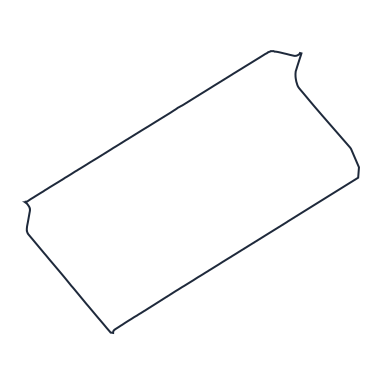 Shaykh Zayed, Al Jizah, Egypt, rotated 91°
{"feature_id": "37247803B86158206640686", "entity_name": "Shaykh Zayed", "entity_type": "district", "adm_level": 2, "iso_a3": "EGY", "parent_name": "Egypt", "parent_adm1": "Al Jizah", "projection": "equal_earth", "projection_center": [30.979, 30.049], "detail": "fine", "context": "isolated", "style": "outline", "palette": "slate", "viewbox_px": 384, "rotation_deg": 91, "n_neighbors": 0, "source": "geoboundaries", "source_scale": "gbopen_adm2", "svg_char_len": 3968}
<svg xmlns="http://www.w3.org/2000/svg" viewBox="0 0 384 384"><g transform="rotate(91 192 192)"><path d="M204.6,358.2L204.8,358.2L205.0,358.2L205.1,358.3L205.3,358.4L205.3,358.5L206.2,357.2L207.0,356.4L208.5,355.3L208.8,355.1L209.1,354.9L209.3,354.7L209.6,354.6L209.8,354.5L209.9,354.4L210.0,354.3L210.3,354.2L210.5,354.1L210.9,354.0L211.0,354.0L211.1,353.9L211.4,353.9L211.5,353.8L211.9,353.8L212.0,353.8L212.1,353.7L212.3,353.7L212.5,353.7L212.8,353.7L213.0,353.7L213.3,353.7L213.5,353.7L213.7,353.8L213.8,353.8L214.1,353.8L215.8,354.1L217.1,354.3L224.6,355.5L229.2,356.3L231.5,356.5L231.8,356.5L232.0,356.5L232.3,356.5L232.5,356.5L232.8,356.5L233.1,356.5L233.3,356.5L233.4,356.4L233.6,356.4L233.9,356.4L234.0,356.3L234.3,356.3L234.5,356.2L234.8,356.1L235.1,356.0L235.4,355.9L235.5,355.8L235.8,355.7L236.0,355.6L236.3,355.5L236.4,355.4L236.5,355.3L236.7,355.2L236.9,355.1L239.1,353.2L247.4,346.0L256.2,338.4L257.4,337.3L262.2,333.2L263.9,331.7L270.4,326.0L274.4,322.5L276.0,321.1L280.3,317.4L284.8,313.6L288.4,310.6L289.1,309.9L291.5,307.8L295.0,304.8L306.0,295.4L308.0,293.6L312.5,289.7L315.5,287.1L319.3,283.8L322.1,281.3L324.5,279.2L326.8,277.2L329.7,274.7L330.8,273.7L331.6,273.0L332.7,272.0L334.0,270.9L334.0,270.6L334.0,270.2L334.1,269.7L334.3,268.4L334.1,268.4L333.3,268.4L332.7,268.2L332.3,268.1L332.1,268.0L331.4,267.4L331.3,267.2L331.1,267.1L330.8,266.7L330.7,266.5L330.5,266.3L329.8,265.2L327.6,261.9L326.7,260.6L326.1,259.6L324.0,256.6L321.7,253.1L320.0,250.4L318.1,247.6L316.8,245.4L316.4,244.7L316.2,244.5L314.8,242.4L314.0,241.0L313.9,240.9L312.0,238.0L311.7,237.6L311.6,237.3L309.8,234.6L308.4,232.5L308.3,232.3L308.2,232.1L307.1,230.5L306.2,229.1L303.5,225.0L302.7,223.8L299.0,218.2L297.1,215.3L297.0,215.0L296.8,214.8L291.1,206.2L290.0,204.4L287.1,200.0L286.1,198.3L283.4,194.1L280.7,189.9L280.4,189.4L278.5,186.6L277.5,185.1L277.3,184.8L277.1,184.5L276.6,183.7L275.7,182.2L275.5,181.9L275.3,181.6L274.1,179.7L272.5,177.3L270.7,174.4L270.5,174.2L270.3,173.9L268.8,171.5L266.4,167.8L263.9,163.9L262.1,161.2L260.9,159.4L260.7,159.0L260.4,158.6L257.9,154.7L257.7,154.4L256.9,153.1L255.7,151.2L255.3,150.7L254.7,149.7L252.4,146.1L250.8,143.7L250.7,143.5L250.6,143.3L250.4,143.0L250.3,142.9L220.9,97.3L220.3,96.4L220.1,96.1L219.9,95.9L174.8,26.1L164.4,25.5L146.2,33.7L144.9,34.6L113.4,63.0L104.2,71.2L98.0,76.6L91.4,82.3L88.0,85.3L86.8,86.3L86.5,86.6L86.2,86.8L85.4,87.4L84.2,88.1L83.0,88.6L81.4,89.1L79.9,89.6L78.0,90.0L76.4,90.3L74.7,90.5L72.2,90.6L70.7,90.5L69.5,90.4L67.9,89.9L65.1,89.1L58.1,87.0L53.6,85.6L51.5,85.0L51.3,85.8L51.2,86.3L51.4,86.3L52.3,87.2L52.6,87.5L52.8,87.7L53.2,88.4L53.7,89.4L53.9,89.9L54.0,90.4L54.1,91.3L54.1,91.7L54.1,92.0L53.4,95.4L53.3,95.7L53.3,96.0L53.2,96.4L52.4,99.7L51.7,103.0L51.1,105.6L50.5,108.6L50.3,110.0L50.2,111.0L50.2,111.6L50.2,111.8L50.2,112.0L49.9,112.4L49.8,112.7L49.7,112.9L49.8,114.4L49.8,115.0L49.7,115.5L50.3,116.5L50.4,116.8L50.5,117.1L50.6,117.5L50.9,118.2L51.0,118.4L51.1,118.6L51.3,118.7L51.6,119.2L51.9,119.5L52.1,119.9L52.7,121.1L55.0,124.6L60.2,132.7L62.0,135.5L62.2,135.8L64.1,138.8L65.5,141.0L67.9,144.7L69.6,147.4L71.6,150.5L73.1,152.9L73.8,153.9L83.2,168.5L85.3,171.8L87.2,174.7L91.6,181.5L94.8,186.5L99.4,193.6L105.6,203.2L106.1,204.2L107.5,206.6L107.6,206.8L108.2,207.9L108.4,208.1L108.6,208.3L110.1,210.4L110.1,210.5L113.1,214.9L120.2,226.0L121.2,227.5L121.4,227.8L121.6,228.2L124.2,232.2L127.5,237.3L127.7,237.6L127.9,238.0L131.2,243.2L135.0,249.1L139.4,255.9L139.6,256.3L139.9,256.6L141.2,258.8L142.4,260.6L147.9,269.1L149.3,271.4L150.6,273.3L153.4,277.6L156.5,282.4L160.2,288.1L160.3,288.3L163.8,293.9L167.4,299.4L170.6,304.4L171.5,305.9L172.4,307.2L173.5,309.1L176.2,313.1L178.7,317.0L179.3,318.0L180.2,319.5L180.4,319.8L180.7,320.1L184.5,326.0L186.7,329.5L189.8,334.4L190.8,335.9L191.8,337.4L192.7,338.9L194.0,340.7L195.8,343.6L196.0,343.9L196.9,345.3L199.6,349.5L199.9,349.9L201.9,353.1L203.1,354.8L204.4,356.6L204.6,358.2Z" fill="none" stroke="#1e293b" stroke-width="2"/></g></svg>